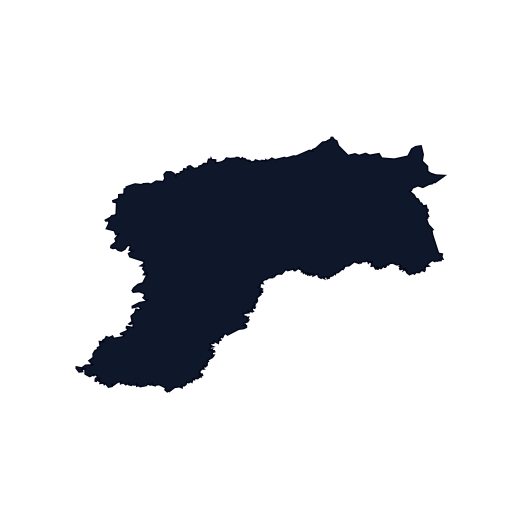 Thung Yai, Nakhon Si Thammarat, Thailand (Equal Earth projection), rotated 254°
{"feature_id": "78962969B32450695169109", "entity_name": "Thung Yai", "entity_type": "district", "adm_level": 2, "iso_a3": "THA", "parent_name": "Thailand", "parent_adm1": "Nakhon Si Thammarat", "projection": "equal_earth", "projection_center": [99.344, 8.291], "detail": "fine", "context": "isolated", "style": "filled", "palette": "ink", "viewbox_px": 512, "rotation_deg": 254, "n_neighbors": 0, "source": "geoboundaries", "source_scale": "gbopen_adm2", "svg_char_len": 6119}
<svg xmlns="http://www.w3.org/2000/svg" viewBox="0 0 512 512"><g transform="rotate(254 256 256)"><path d="M316.4,445.1L317.1,439.6L316.0,435.2L310.1,429.6L311.0,415.7L315.4,403.9L320.5,402.5L321.5,393.0L324.4,389.7L324.2,382.8L326.9,379.5L327.2,372.2L339.2,365.6L344.3,365.4L346.2,363.3L348.8,362.5L349.3,361.1L347.6,359.7L347.1,356.2L346.4,356.0L347.1,351.3L343.1,343.3L342.6,339.6L341.4,339.3L342.8,336.5L340.9,322.0L341.8,319.8L341.7,312.1L342.9,310.6L343.3,300.8L345.7,298.2L344.6,294.9L345.0,292.3L345.9,292.0L345.0,291.0L346.4,287.6L345.8,286.2L348.5,281.9L347.5,280.9L347.4,277.6L349.0,276.7L348.9,275.2L349.9,275.6L350.6,273.3L352.7,272.2L353.1,270.2L354.2,270.1L353.4,267.6L355.3,266.6L356.2,264.2L355.7,263.3L356.8,257.9L358.4,254.5L356.6,252.1L355.9,248.6L356.5,242.9L359.5,243.7L360.8,239.9L362.4,239.7L361.5,239.1L362.1,237.1L358.2,234.6L359.4,231.3L357.9,228.6L358.1,225.9L356.6,225.3L357.2,220.5L360.8,217.7L360.9,215.8L360.4,214.4L358.1,214.3L359.8,210.7L357.5,209.3L357.7,206.5L356.3,206.1L356.8,202.1L354.6,200.8L358.0,199.9L360.3,197.6L361.6,192.9L359.8,190.1L355.6,189.7L353.1,187.4L355.5,180.6L353.9,174.9L355.5,172.3L356.5,167.5L356.1,165.5L358.6,159.6L358.2,150.3L356.6,149.6L356.7,147.8L351.8,146.1L352.8,141.0L349.1,139.8L348.6,133.6L347.3,133.5L345.7,136.7L335.0,133.2L334.1,131.6L334.5,128.4L333.2,126.6L332.0,121.0L331.2,121.1L330.3,124.3L327.9,123.6L323.5,119.7L319.4,126.8L315.3,127.1L314.9,130.4L311.4,125.2L308.2,125.5L305.9,119.6L304.1,118.7L302.7,120.3L302.3,123.4L299.5,125.1L297.8,127.9L298.6,131.7L301.3,135.1L301.2,137.5L299.7,137.9L296.6,135.7L294.8,139.0L293.5,134.1L290.0,134.5L281.6,147.0L279.5,145.9L278.4,142.3L277.0,145.7L274.9,143.5L271.2,145.3L269.1,142.7L268.5,144.0L269.4,146.6L268.6,146.5L261.3,139.8L261.3,134.9L258.9,129.5L256.8,127.4L255.0,128.0L254.0,133.8L250.7,138.3L247.9,137.7L247.1,135.9L244.4,137.7L243.8,139.6L242.7,137.5L243.3,131.1L241.7,123.1L240.2,122.9L240.0,129.2L237.1,130.9L236.3,128.9L238.0,126.0L234.6,123.6L232.7,119.3L227.2,118.9L225.8,115.1L224.9,116.1L225.4,119.3L221.1,118.4L223.9,112.2L222.7,111.5L221.1,112.7L219.7,111.2L218.8,104.4L217.8,104.5L216.7,107.6L215.0,105.7L216.0,96.5L218.6,96.0L218.0,92.3L219.8,89.8L217.9,88.0L217.2,85.4L215.4,85.9L217.0,81.9L211.9,81.3L211.7,78.4L209.8,77.8L209.4,75.1L206.7,72.3L203.3,71.6L201.4,66.5L196.4,69.1L198.0,62.0L196.4,57.7L199.0,52.7L197.6,52.2L193.2,54.0L192.7,57.5L195.0,57.5L194.4,60.5L189.6,59.2L185.9,63.0L186.6,67.0L185.7,67.2L186.2,68.6L185.4,69.8L183.0,70.5L182.6,68.0L180.1,66.9L179.5,67.8L181.0,71.6L179.0,70.5L178.0,72.0L176.5,70.9L175.9,74.5L174.2,74.7L174.8,76.3L170.6,78.0L170.3,81.8L172.2,82.3L171.0,83.2L172.8,88.2L172.7,91.1L170.5,90.6L170.6,93.7L168.2,95.2L168.7,98.4L167.5,98.0L166.0,100.4L166.5,101.3L165.3,104.3L166.0,105.9L163.7,105.5L163.9,107.1L162.3,108.7L161.7,114.7L162.8,116.7L161.1,118.7L161.8,120.9L160.8,120.5L159.0,123.4L159.6,124.8L159.0,127.5L154.1,132.9L152.4,131.6L149.9,133.3L150.6,134.4L149.6,135.2L152.1,141.6L151.5,146.1L149.6,148.6L151.9,149.4L151.0,151.1L151.7,153.2L153.9,154.5L152.7,156.5L153.3,158.8L152.2,159.6L155.0,161.5L154.1,162.7L155.3,163.0L154.2,166.3L155.3,168.5L156.6,167.9L154.8,169.8L156.2,170.4L155.9,171.7L157.2,171.7L156.8,170.0L157.6,170.7L158.8,170.1L158.6,169.1L159.8,169.2L162.3,172.6L161.7,174.9L163.0,174.2L163.8,175.0L163.5,176.5L164.8,176.2L163.9,177.8L164.3,178.8L167.6,179.9L167.8,181.1L169.1,180.6L170.6,186.3L172.3,188.4L173.0,186.3L175.4,187.7L175.3,189.9L176.4,189.8L177.1,187.2L178.6,188.5L178.7,185.2L181.5,187.7L180.8,187.8L180.6,189.9L182.7,187.4L184.1,187.6L183.8,191.5L185.8,192.0L182.4,195.7L184.9,196.7L184.9,199.1L187.1,198.4L187.8,199.5L186.8,201.4L189.7,203.9L189.6,205.7L187.9,206.8L190.4,219.3L189.6,224.1L190.1,227.2L191.7,227.6L192.0,226.3L193.1,226.8L193.1,225.6L195.0,225.8L195.0,229.8L196.3,231.3L196.5,230.2L199.3,232.0L199.5,230.1L200.8,229.7L201.1,227.8L204.2,228.2L203.4,233.6L205.2,233.1L203.3,237.1L203.6,238.2L204.5,237.4L207.4,238.2L206.1,240.4L207.1,241.2L207.5,239.9L209.1,240.9L209.9,240.1L209.3,241.7L211.3,241.7L210.9,243.3L211.8,244.5L212.5,243.7L213.1,245.2L215.5,245.2L217.7,250.2L219.5,249.5L219.3,252.2L220.3,252.6L220.8,250.6L222.4,253.1L225.5,249.7L225.9,251.7L227.6,252.0L228.3,253.6L227.5,255.2L229.6,254.7L231.0,257.9L230.5,259.5L231.6,262.2L230.6,266.1L231.6,266.3L230.9,267.9L232.4,269.9L232.6,272.7L231.5,275.7L234.9,281.0L233.2,282.5L233.2,288.1L231.4,288.7L231.1,289.8L232.8,293.9L232.0,293.5L229.2,296.6L228.3,295.5L227.4,297.2L226.4,297.0L226.8,298.3L224.8,299.0L225.2,300.9L223.6,300.5L224.0,303.3L222.8,302.4L222.6,305.8L221.0,305.3L221.9,310.3L218.6,310.4L216.6,312.5L217.3,313.4L215.4,315.5L216.9,315.2L216.6,318.2L214.6,318.3L215.0,319.9L214.0,320.1L215.8,320.5L216.0,324.6L217.6,326.4L216.5,327.2L217.6,327.6L217.6,330.7L219.7,335.0L219.0,336.0L220.5,337.8L221.8,337.8L221.0,342.9L223.4,348.9L220.5,352.9L221.4,353.6L220.2,354.9L221.4,356.4L220.5,359.5L220.9,361.9L218.2,362.1L219.4,364.3L218.2,364.5L218.4,366.0L214.4,363.9L214.0,366.6L210.8,367.3L212.0,369.2L210.8,369.9L210.2,368.7L209.7,369.7L211.0,370.6L209.4,372.7L211.3,376.0L209.7,376.4L209.6,377.5L211.6,379.6L210.9,380.9L212.0,382.3L211.5,385.5L208.7,388.8L208.2,391.6L206.8,392.5L206.4,391.3L205.8,392.3L204.5,390.6L203.2,390.8L202.9,395.5L201.5,394.1L201.9,395.7L200.0,396.1L199.9,397.2L198.6,396.3L195.7,398.3L196.2,402.4L194.9,403.3L196.2,405.3L195.0,408.5L196.8,411.2L194.8,413.7L195.5,414.3L195.8,413.2L196.2,414.5L199.2,416.0L198.6,419.5L200.2,418.3L201.3,419.2L203.2,424.2L201.4,426.4L201.9,426.9L201.0,429.2L201.9,431.0L201.0,431.0L200.6,432.6L202.1,433.6L201.5,434.8L204.1,434.4L206.5,435.7L208.3,432.2L227.6,431.6L232.3,432.1L232.5,433.5L238.7,430.4L244.7,430.1L245.3,431.7L246.7,431.6L246.7,432.9L251.4,432.1L251.5,433.5L252.9,434.2L254.5,433.2L257.7,433.6L258.1,430.4L261.2,429.7L261.5,428.4L266.1,427.6L267.1,425.7L271.1,424.8L275.6,421.6L276.3,423.6L278.1,424.9L278.9,431.0L276.0,435.3L277.3,442.2L276.9,445.3L277.9,447.3L277.2,448.3L281.3,459.8L284.2,451.4L287.3,446.7L290.1,444.4L294.9,445.6L301.4,441.9L307.5,444.7L316.4,445.1Z" fill="#0f172a" stroke="#020617" stroke-width="1.5"/></g></svg>